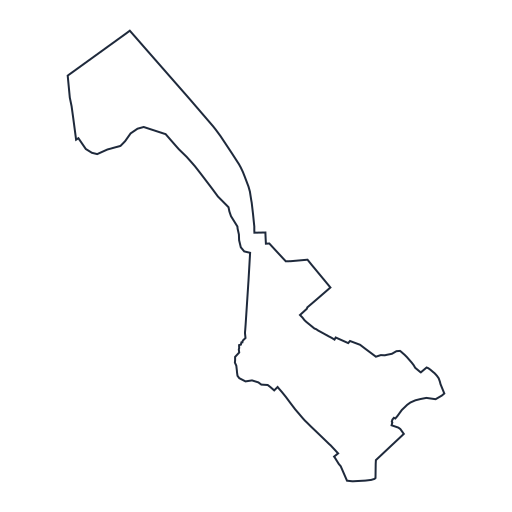 the district of Cernica, Ilfov, Romania
{"feature_id": "2599482B98677359077398", "entity_name": "Cernica", "entity_type": "district", "adm_level": 2, "iso_a3": "ROU", "parent_name": "Romania", "parent_adm1": "Ilfov", "projection": "mercator", "projection_center": [26.279, 44.424], "detail": "fine", "context": "isolated", "style": "outline", "palette": "slate", "viewbox_px": 512, "rotation_deg": 0, "n_neighbors": 0, "source": "geoboundaries", "source_scale": "gbopen_adm2", "svg_char_len": 2727}
<svg xmlns="http://www.w3.org/2000/svg" viewBox="0 0 512 512"><path d="M444.3,393.5L443.7,392.0L440.5,384.1L439.9,381.7L438.7,378.3L437.0,375.9L435.6,374.3L434.8,373.5L434.6,373.2L434.2,372.9L433.2,372.1L430.5,369.8L428.3,368.2L426.6,367.5L421.5,371.8L420.8,372.4L420.6,372.3L415.2,367.8L413.7,365.2L411.7,362.6L408.9,359.4L407.0,357.2L405.3,355.5L404.5,354.7L403.1,353.5L402.2,352.7L401.2,351.8L400.0,350.9L396.4,351.2L391.9,353.8L386.9,354.8L384.8,355.3L380.8,355.1L375.9,356.7L370.7,352.8L365.2,348.7L360.1,344.8L350.0,341.0L348.2,343.1L335.7,337.5L334.5,339.6L331.9,338.0L330.1,337.0L329.4,336.7L319.4,331.2L318.4,330.7L316.2,329.2L314.4,328.5L306.3,321.9L304.4,320.1L302.5,317.6L300.0,315.0L306.9,308.7L307.3,307.4L316.9,299.2L330.4,287.5L325.2,281.2L311.7,264.9L307.5,259.7L290.7,261.2L285.8,261.3L282.7,258.0L275.0,249.7L269.3,243.5L265.9,243.7L265.6,237.8L265.5,235.4L265.4,232.5L254.4,232.7L254.3,230.6L254.3,226.4L254.1,224.6L253.0,213.8L251.7,202.7L251.3,200.5L251.1,199.3L249.9,191.6L248.5,186.6L246.8,182.1L244.6,176.3L242.9,172.0L241.0,168.0L240.4,166.8L240.1,166.3L239.7,165.6L239.2,164.6L232.1,153.6L226.6,145.3L220.5,136.1L215.7,129.6L213.1,126.3L211.8,124.8L189.0,98.3L143.7,46.6L136.9,38.8L129.8,30.7L127.0,32.8L67.7,75.6L69.8,97.6L71.6,106.3L73.3,118.6L76.1,139.7L78.4,138.2L85.8,149.0L91.9,152.8L97.2,154.1L107.4,149.5L120.5,145.9L125.1,141.2L130.6,133.4L137.5,128.7L143.7,127.0L163.9,133.6L165.6,134.1L175.0,144.9L178.8,149.2L186.7,156.9L194.9,166.2L200.9,173.9L211.7,188.1L215.4,193.1L217.9,196.5L228.5,207.2L229.4,211.5L231.0,216.2L237.4,226.5L237.6,228.6L238.9,234.5L239.1,240.2L240.8,247.3L244.2,251.4L250.1,252.8L248.5,280.5L245.6,324.8L245.2,330.1L245.1,331.1L245.0,332.3L245.0,333.4L245.5,338.0L243.1,340.3L242.5,341.4L242.4,342.3L241.4,342.4L240.9,344.6L239.1,345.1L239.1,346.9L239.2,347.9L238.8,349.5L239.2,352.5L235.1,356.9L235.1,358.8L235.1,360.2L234.9,362.6L236.3,365.7L236.6,368.3L236.9,370.8L237.0,372.3L237.5,375.8L239.3,378.2L239.7,378.4L245.5,381.4L252.0,380.4L258.4,382.4L261.3,384.6L267.7,385.0L270.3,387.0L274.2,390.4L275.0,389.6L277.6,387.0L278.4,388.0L281.8,391.9L286.0,397.1L290.3,402.9L295.0,409.1L295.5,409.7L303.0,418.5L304.8,420.5L307.2,422.8L310.7,426.3L317.2,432.5L329.2,444.1L330.0,444.8L330.7,445.4L331.7,446.5L338.1,453.4L334.1,456.6L334.9,457.7L336.5,460.3L338.8,464.0L340.7,466.2L347.0,480.7L352.5,481.3L365.4,480.6L371.2,479.9L374.5,478.9L375.5,478.0L375.7,463.8L375.9,460.1L403.8,433.9L400.3,429.0L398.3,427.6L396.3,426.9L391.6,425.3L392.3,422.4L391.8,421.7L392.4,419.6L393.9,417.8L395.3,418.5L397.3,416.2L401.8,410.0L407.2,404.8L410.4,402.5L415.4,400.3L420.6,399.0L426.4,397.9L435.6,399.2L441.8,395.6L444.3,393.5Z" fill="none" stroke="#1e293b" stroke-width="2"/></svg>